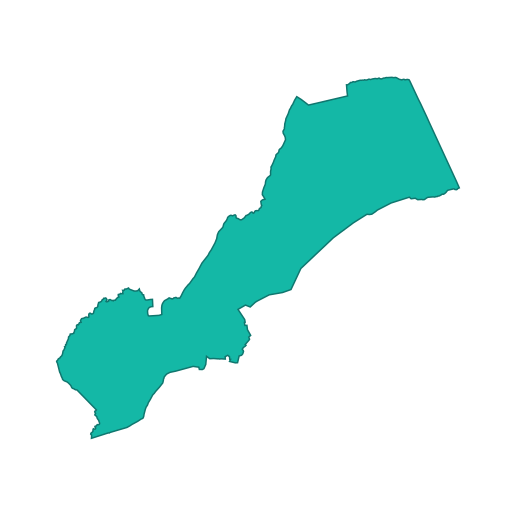 Tigania East, Eastern, Kenya (Albers equal-area conic projection), rotated 84°
{"feature_id": "3690345B96077090238536", "entity_name": "Tigania East", "entity_type": "district", "adm_level": 2, "iso_a3": "KEN", "parent_name": "Kenya", "parent_adm1": "Eastern", "projection": "albers", "projection_center": [37.791, 0.27], "detail": "fine", "context": "isolated", "style": "filled", "palette": "teal", "viewbox_px": 512, "rotation_deg": 84, "n_neighbors": 0, "source": "geoboundaries", "source_scale": "gbopen_adm2", "svg_char_len": 6079}
<svg xmlns="http://www.w3.org/2000/svg" viewBox="0 0 512 512"><g transform="rotate(84 256 256)"><path d="M209.5,46.7L202.9,48.8L141.1,69.8L136.2,71.4L122.0,76.3L116.7,78.3L98.2,84.7L96.7,85.4L96.2,87.1L96.4,89.4L95.8,90.2L95.7,91.1L96.1,92.6L95.2,95.1L93.4,97.6L93.0,98.5L93.0,100.5L92.5,102.2L92.3,107.0L92.1,107.8L92.5,109.8L92.4,110.7L93.0,112.5L92.9,113.3L92.6,114.2L91.9,115.0L92.4,116.9L91.9,118.8L92.1,121.7L92.5,123.6L92.0,124.9L92.0,125.7L92.3,126.4L92.6,128.1L92.1,129.6L92.4,130.3L92.2,132.0L92.3,132.6L92.1,134.0L92.7,137.7L93.3,139.2L92.8,141.3L93.4,142.4L93.3,144.0L94.1,144.7L95.3,146.9L95.2,148.1L102.4,148.3L106.4,148.2L111.4,188.0L105.2,194.5L101.8,198.8L105.1,201.3L109.3,203.8L109.9,204.5L111.5,205.6L113.0,206.4L113.7,207.2L117.9,209.1L122.6,211.9L124.5,212.4L127.7,213.6L130.2,214.0L130.9,214.3L132.6,214.5L134.7,216.1L136.7,216.1L139.3,215.0L141.1,214.5L143.5,214.5L149.1,217.8L151.2,219.6L152.1,221.1L153.0,222.0L154.4,222.3L155.6,223.0L156.8,224.7L157.6,225.6L159.3,226.0L162.7,228.0L164.6,228.9L167.8,230.8L169.1,231.8L171.0,231.9L173.5,232.7L176.7,233.0L177.4,233.4L178.8,235.7L179.5,236.6L181.5,238.1L183.4,238.8L185.5,239.2L189.0,241.1L192.2,242.5L193.1,242.9L195.7,243.3L197.6,242.3L200.5,241.1L200.8,243.5L201.4,244.6L202.2,245.5L205.0,245.4L206.5,245.0L207.1,245.6L208.3,245.9L208.7,246.5L209.1,247.6L210.1,248.0L211.1,248.9L210.9,250.6L211.0,251.8L211.5,252.6L212.4,253.1L213.2,253.9L212.9,254.6L212.2,255.0L211.8,255.5L211.9,256.3L212.7,257.6L213.7,258.7L214.6,260.8L214.7,261.7L216.8,263.6L218.4,266.4L218.5,267.4L218.1,268.4L216.9,269.9L216.3,271.4L215.8,271.8L213.9,271.7L213.0,272.2L212.9,273.1L213.6,275.1L213.0,276.3L212.9,277.2L213.5,278.6L214.6,280.1L216.4,280.9L217.8,281.9L220.3,284.4L221.2,284.9L223.4,285.7L224.2,286.2L227.9,290.5L228.9,291.1L230.9,292.2L234.7,293.3L238.7,295.4L245.3,299.9L247.6,301.9L250.3,303.6L257.4,310.5L262.5,313.9L266.6,316.9L270.2,319.2L270.9,319.8L271.8,320.9L276.7,325.2L277.1,326.0L280.6,329.6L282.3,331.0L284.9,332.8L287.7,334.5L290.0,336.3L289.7,337.4L289.9,338.3L289.5,339.0L288.9,339.7L288.8,340.5L289.1,341.1L289.0,341.9L289.9,343.3L289.8,344.3L289.2,345.2L289.1,346.0L288.6,346.6L288.8,347.4L289.3,347.9L290.9,351.7L292.3,353.0L293.5,353.9L295.1,354.7L297.7,355.3L304.3,355.8L304.9,358.6L304.5,368.5L304.2,369.2L302.7,369.7L300.1,369.7L298.4,369.4L296.7,368.3L296.0,367.4L295.5,365.9L295.5,363.9L288.3,363.5L288.2,365.5L288.4,368.5L288.3,369.9L287.9,370.6L286.4,371.3L285.6,371.3L284.4,371.8L282.9,371.8L282.6,372.8L281.9,373.2L280.5,373.5L279.5,374.7L278.6,375.2L276.6,375.5L278.2,377.3L278.3,379.5L278.0,381.0L275.7,385.5L274.5,386.1L275.3,388.4L275.1,389.8L276.3,390.7L276.2,392.2L277.0,391.9L278.8,392.5L279.5,392.3L279.4,393.9L279.1,394.7L279.6,395.0L279.9,397.0L280.8,397.1L281.5,396.8L282.5,396.7L282.6,397.6L283.0,398.2L284.1,399.5L285.3,400.5L285.1,401.8L285.7,402.7L285.2,403.3L285.2,404.1L284.1,405.6L284.1,406.3L284.4,407.1L285.3,407.1L285.8,408.0L286.0,409.2L285.6,409.9L284.7,409.2L283.9,408.8L282.4,409.4L282.0,410.0L282.2,410.8L282.1,411.8L282.8,412.2L283.4,413.5L284.3,414.0L285.0,414.6L285.5,415.8L285.8,417.4L286.6,417.5L287.2,418.0L288.7,418.5L289.5,418.5L290.6,419.5L290.9,421.3L291.4,421.9L292.5,422.1L293.1,422.6L294.0,423.0L295.3,423.4L296.1,423.8L296.5,424.8L296.5,425.7L295.6,426.7L295.5,427.4L296.0,428.1L296.7,428.4L297.6,428.6L298.8,428.5L299.5,428.9L299.4,430.1L299.0,431.0L299.0,431.7L300.0,434.5L299.9,435.2L300.1,436.0L301.8,437.3L303.7,436.9L303.8,438.4L304.4,439.0L305.4,439.4L305.9,439.9L305.6,440.5L305.8,441.2L306.5,441.8L309.1,442.0L309.6,442.6L310.2,443.9L310.7,444.2L311.5,444.3L312.3,444.6L313.2,445.2L313.8,445.3L314.2,446.8L314.2,448.9L315.8,449.5L316.8,450.8L319.2,451.4L320.2,452.2L320.8,452.4L322.5,453.5L323.7,453.6L324.2,454.6L325.0,454.5L325.7,455.0L326.3,455.9L327.2,455.5L328.5,456.4L329.2,456.7L330.3,457.8L332.8,458.5L334.5,459.3L335.3,460.0L335.9,461.0L336.6,461.3L337.7,463.4L338.8,464.1L339.8,465.3L340.9,465.1L341.7,464.7L350.9,463.4L352.5,462.8L355.6,462.1L357.3,461.4L358.0,461.4L358.8,461.0L359.6,460.3L360.2,459.5L361.4,457.2L362.6,455.9L365.0,454.0L366.0,453.5L367.6,453.0L368.4,452.3L368.9,451.2L370.2,449.5L370.3,448.6L370.7,447.9L392.4,430.8L393.1,431.4L393.4,432.3L394.1,432.7L395.8,432.0L396.5,432.6L397.2,432.9L399.0,431.2L401.0,430.8L402.9,429.7L405.8,429.0L406.5,429.1L407.1,429.5L407.3,430.5L407.1,431.5L408.5,432.8L408.4,433.7L409.0,434.1L410.4,433.4L411.3,434.0L411.3,435.0L410.8,435.8L411.5,436.2L412.4,436.4L413.1,436.4L413.8,436.9L415.0,438.7L415.9,439.0L416.7,438.3L418.0,438.3L420.1,438.7L416.5,421.4L416.7,420.5L416.2,419.5L413.0,402.2L411.5,398.7L410.6,397.1L408.0,390.8L406.2,387.4L405.8,386.0L405.2,385.1L403.4,384.3L402.0,384.0L397.2,382.2L395.0,381.2L392.9,379.5L390.6,378.4L387.6,376.1L383.3,373.2L381.9,371.5L380.3,370.1L376.4,365.8L372.5,362.0L370.2,361.2L368.6,360.8L367.9,360.3L366.8,360.0L364.6,357.8L364.0,357.0L363.5,355.8L362.7,353.6L362.1,347.8L359.2,330.1L360.6,324.5L362.9,324.2L363.3,321.2L362.6,319.6L358.6,317.3L350.6,315.7L353.3,312.7L353.5,308.9L354.3,304.6L354.3,303.9L354.6,303.2L354.6,301.4L355.3,297.3L352.9,297.2L351.8,294.5L353.4,292.9L356.1,292.9L356.2,292.1L358.1,293.3L360.1,287.7L360.2,285.5L353.6,283.2L353.3,281.1L353.0,280.5L351.9,279.4L349.6,278.4L348.9,278.5L347.2,279.4L345.6,278.0L344.6,276.2L343.8,275.3L342.9,276.0L339.0,271.8L338.1,271.1L335.9,271.7L334.4,269.6L328.4,272.2L324.0,272.3L323.9,274.3L320.8,274.5L320.7,273.7L318.0,273.9L307.2,279.5L303.7,271.6L306.1,267.1L301.9,261.5L300.8,259.2L296.0,246.9L295.1,233.4L293.0,224.7L273.1,212.7L245.9,177.1L233.2,155.7L226.1,141.3L226.6,138.9L226.5,136.4L224.3,132.4L223.0,130.5L217.4,116.1L213.7,98.2L213.6,97.1L214.9,96.2L215.3,95.7L215.2,91.6L216.9,89.3L217.1,85.1L217.5,84.2L217.5,82.6L216.1,80.2L215.6,78.9L215.7,73.6L216.0,72.6L216.0,71.6L215.7,71.0L215.9,69.7L215.5,69.0L215.4,67.4L214.6,65.4L214.1,64.7L214.0,64.0L214.2,63.3L213.8,62.1L212.7,60.5L210.9,58.8L210.6,58.1L209.9,52.5L210.2,51.7L210.7,51.2L211.0,49.6L210.7,48.9L210.1,48.5L209.9,47.8L209.5,46.7Z" fill="#14b8a6" stroke="#0f766e" stroke-width="1.5"/></g></svg>